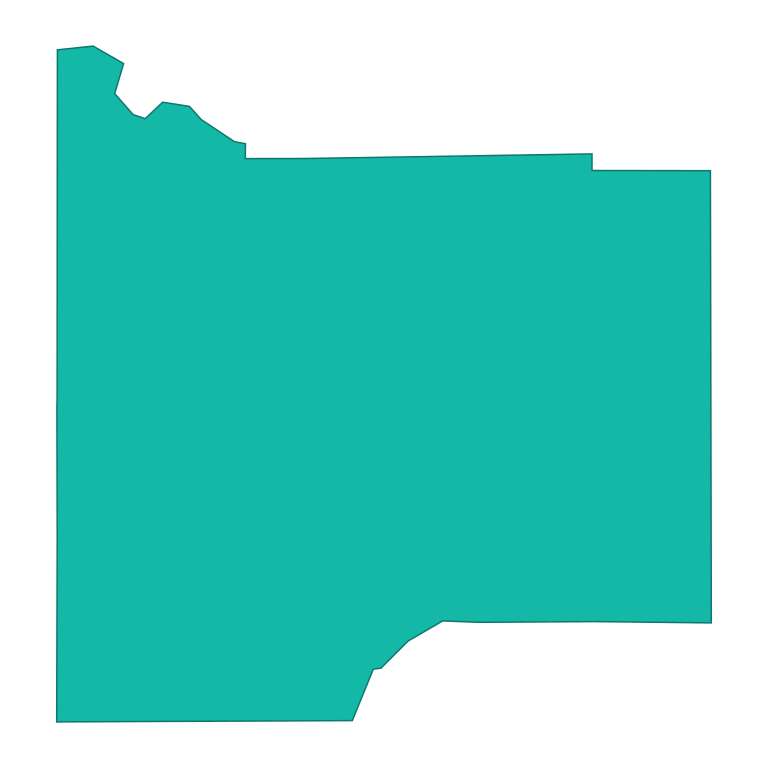 Latah, Idaho, United States of America (Robinson projection)
{"feature_id": "52423323B55768154384777", "entity_name": "Latah", "entity_type": "district", "adm_level": 2, "iso_a3": "USA", "parent_name": "United States of America", "parent_adm1": "Idaho", "projection": "robinson", "projection_center": [-116.78, 46.836], "detail": "fine", "context": "isolated", "style": "filled", "palette": "teal", "viewbox_px": 768, "rotation_deg": 0, "n_neighbors": 0, "source": "geoboundaries", "source_scale": "gbopen_adm2", "svg_char_len": 480}
<svg xmlns="http://www.w3.org/2000/svg" viewBox="0 0 768 768"><path d="M57.4,49.8L57.1,395.8L56.9,407.7L57.2,540.0L56.7,721.9L352.3,720.6L373.3,669.2L381.0,668.1L408.0,641.1L442.7,620.9L478.6,622.3L594.7,621.6L711.3,622.9L710.6,270.9L710.4,170.7L592.0,170.5L592.0,153.9L304.3,158.5L245.3,158.6L245.5,143.7L234.5,141.7L201.4,119.7L189.4,106.4L162.7,102.2L145.1,118.7L133.0,114.5L114.7,93.6L123.6,63.6L93.1,46.1L57.4,49.8Z" fill="#14b8a6" stroke="#0f766e" stroke-width="1.5"/></svg>